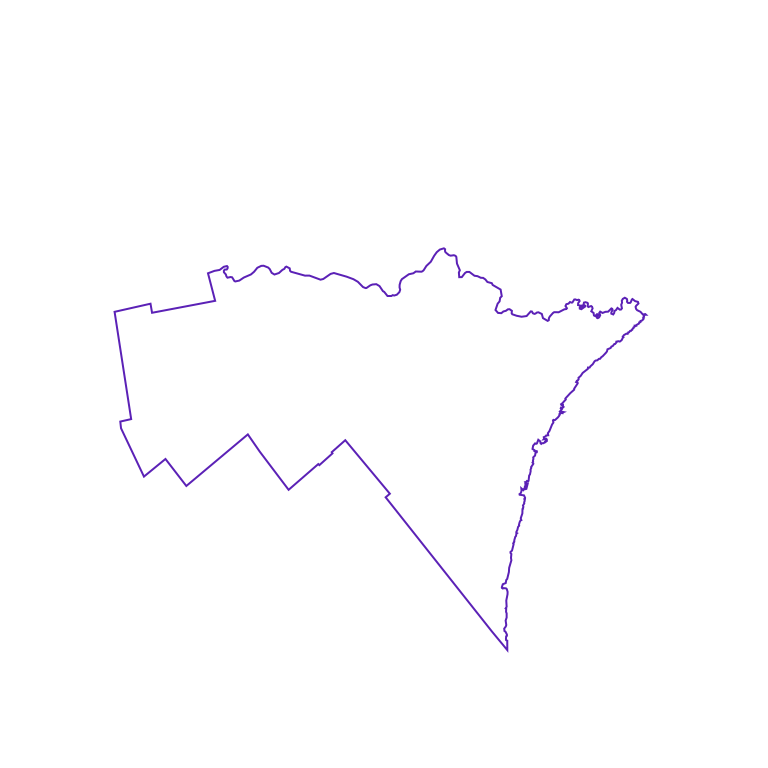 Castelli, Buenos Aires, Argentina, rotated 37°
{"feature_id": "61730980B13025573352502", "entity_name": "Castelli", "entity_type": "district", "adm_level": 2, "iso_a3": "ARG", "parent_name": "Argentina", "parent_adm1": "Buenos Aires", "projection": "equal_earth", "projection_center": [-57.446, -36.02], "detail": "fine", "context": "isolated", "style": "outline", "palette": "violet", "viewbox_px": 768, "rotation_deg": 37, "n_neighbors": 0, "source": "geoboundaries", "source_scale": "gbopen_adm2", "svg_char_len": 6165}
<svg xmlns="http://www.w3.org/2000/svg" viewBox="0 0 768 768"><g transform="rotate(37 384 384)"><path d="M476.7,224.2L476.2,225.6L475.8,230.4L476.1,232.2L477.2,233.9L476.7,235.1L471.3,235.7L467.9,233.1L464.2,233.8L463.1,234.9L462.6,236.6L461.9,237.5L460.3,237.9L458.5,237.1L457.5,237.7L457.0,243.9L453.4,247.5L448.8,249.7L444.5,251.1L443.4,250.7L442.1,248.6L439.3,248.7L438.0,249.8L437.3,252.2L435.7,254.2L435.1,256.8L432.3,258.6L428.5,257.8L426.4,251.4L426.6,248.5L424.9,245.2L425.2,243.0L420.3,238.4L411.2,239.5L409.4,238.6L405.2,240.3L402.0,239.5L399.3,239.6L397.4,240.9L393.8,241.6L391.1,243.1L384.8,243.1L382.6,244.7L381.9,246.6L381.8,251.8L379.8,253.4L376.7,249.9L376.1,247.5L369.8,243.9L365.3,239.0L364.0,238.6L362.3,239.1L360.0,241.4L358.2,242.0L353.9,241.8L352.7,241.1L351.7,239.6L350.2,239.6L347.7,243.0L346.8,247.0L346.9,251.4L347.8,258.2L346.8,264.2L347.2,269.2L346.9,270.8L346.3,271.8L341.7,275.0L340.8,277.9L337.8,281.4L335.2,289.5L335.4,291.8L336.8,295.4L338.3,297.5L340.2,299.0L341.0,301.4L340.5,305.0L338.9,307.2L337.5,307.8L336.9,309.3L333.8,311.6L328.7,310.3L327.3,310.5L321.5,308.5L317.8,308.9L314.9,311.5L313.7,313.4L312.2,317.9L311.5,318.5L308.9,319.2L301.6,318.1L296.5,318.7L289.5,320.8L277.2,325.5L275.1,328.2L272.3,336.7L270.5,338.9L259.2,342.3L255.7,345.0L242.2,350.3L240.8,350.1L239.1,348.4L235.4,349.0L234.9,350.0L235.1,352.1L234.2,353.9L233.3,358.6L230.6,362.5L227.4,362.8L223.6,361.0L221.4,360.7L216.7,362.0L214.9,363.5L212.9,367.4L212.7,372.6L211.8,376.6L208.0,383.3L206.2,388.5L203.5,391.6L202.6,391.8L198.5,390.2L197.1,390.9L195.0,393.3L193.4,392.9L191.8,391.7L188.9,391.1L188.0,390.0L187.9,388.5L189.5,387.2L189.5,385.9L188.8,384.6L187.6,384.3L185.5,386.8L184.1,391.8L180.5,395.7L176.8,401.5L199.1,419.2L155.9,466.7L149.2,460.4L125.4,488.5L203.2,564.2L196.0,572.7L200.6,577.6L248.0,602.4L254.6,575.4L287.5,584.4L305.6,506.2L325.5,512.8L371.5,525.9L379.7,487.5L381.2,487.7L384.6,470.4L383.3,469.9L386.9,452.2L454.7,468.1L453.5,473.5L619.1,516.7L642.6,522.3L636.9,514.8L635.7,515.1L634.8,514.2L633.4,512.0L633.7,511.1L632.9,510.1L630.1,508.7L628.9,508.8L627.2,507.0L627.2,504.4L626.7,502.9L623.5,499.7L622.5,496.7L620.0,493.4L618.6,492.5L616.8,489.9L616.2,490.0L616.0,488.1L612.0,483.4L609.2,477.6L607.8,475.6L605.5,473.9L604.4,473.8L602.1,475.2L602.0,475.8L600.9,475.9L600.4,475.4L599.4,472.4L601.0,469.7L599.6,467.0L599.7,465.5L596.9,459.0L594.6,455.5L591.8,448.1L590.1,446.5L588.0,443.1L586.9,442.9L586.1,442.1L586.5,440.0L583.9,433.9L583.2,433.7L582.7,431.7L583.1,432.2L583.0,431.6L582.1,430.4L580.8,427.0L580.9,426.0L579.8,423.8L580.0,423.1L579.2,423.2L578.7,422.4L578.3,420.2L577.1,417.5L577.2,415.8L576.6,415.4L575.5,412.8L575.1,410.8L575.6,410.1L574.0,408.9L572.4,404.1L569.9,400.6L570.1,400.0L569.7,399.8L569.3,398.3L568.1,397.4L567.9,395.0L567.1,394.1L566.7,392.6L565.4,391.5L565.8,391.1L565.2,390.0L562.8,388.7L559.0,390.8L558.5,390.4L558.9,389.2L558.6,387.8L558.0,386.3L556.5,384.7L559.1,384.9L558.9,383.4L559.3,383.0L558.1,380.9L558.2,380.3L559.7,382.1L559.9,381.6L560.4,381.9L560.4,382.6L560.8,382.1L558.7,377.0L557.6,377.6L558.0,378.4L557.8,379.5L556.9,378.6L557.2,378.0L555.9,377.4L556.5,376.8L556.5,375.4L557.7,375.0L557.7,374.3L555.0,369.7L555.0,368.4L553.5,365.2L552.6,364.3L552.1,362.3L551.5,361.9L551.3,357.9L551.0,357.5L549.9,357.4L549.7,356.1L549.0,355.5L548.4,353.9L547.3,352.8L547.7,350.2L546.3,347.6L547.1,346.6L546.9,346.1L546.4,345.7L544.5,347.0L544.0,346.3L541.7,346.5L540.2,343.4L540.4,340.5L541.4,340.3L541.9,339.5L540.8,335.7L543.3,335.8L544.7,337.1L545.6,337.2L545.8,336.2L546.8,335.5L547.9,333.4L547.4,333.1L547.8,332.4L547.2,331.9L548.2,331.3L547.4,330.3L546.5,330.1L544.8,332.0L544.8,331.3L543.6,330.3L544.6,328.5L544.5,327.5L546.0,326.1L544.5,324.7L544.4,321.9L542.6,315.2L542.5,312.9L540.8,311.3L541.0,310.6L541.8,310.4L542.3,309.7L543.0,306.0L543.0,303.7L542.8,302.7L542.2,302.5L542.3,301.8L543.2,300.3L544.2,299.8L543.9,299.2L544.4,298.3L541.5,299.7L541.0,301.2L541.2,297.2L539.8,297.1L539.6,296.4L540.8,296.1L540.5,295.5L541.1,295.1L541.2,294.3L540.5,294.3L539.5,293.0L538.4,294.0L537.6,293.6L538.0,292.3L538.5,287.0L537.6,286.5L537.7,285.0L538.3,279.0L539.3,274.1L538.7,273.3L538.3,266.9L537.7,266.3L536.3,266.8L536.1,265.4L536.6,264.2L536.5,262.9L535.6,262.0L536.2,259.2L536.0,255.6L537.7,249.2L537.0,248.1L538.3,247.2L538.2,245.5L538.8,242.6L538.5,239.1L538.9,237.9L540.1,236.7L540.5,234.6L541.4,233.8L541.4,231.8L541.9,230.3L542.5,224.9L542.4,223.6L541.6,221.8L543.3,218.9L543.1,217.2L543.8,216.1L543.9,213.4L544.5,212.9L544.6,210.4L544.2,210.2L545.4,208.8L546.8,208.2L547.4,206.0L546.9,203.2L546.4,202.7L546.8,202.4L546.2,202.0L546.2,200.5L547.3,197.9L548.4,197.3L548.0,195.8L548.6,195.2L548.6,193.5L549.3,192.9L549.2,192.1L549.6,191.4L549.3,191.0L549.6,189.0L549.2,188.7L549.6,187.6L549.1,186.7L549.9,186.5L550.5,185.6L550.0,185.1L551.2,182.4L550.8,181.3L551.2,181.1L551.5,180.0L551.0,179.8L550.9,179.3L551.8,178.1L552.1,176.7L552.1,175.8L551.5,175.5L551.7,175.2L551.0,174.6L551.3,173.9L550.5,173.2L550.6,171.8L551.6,171.0L550.6,170.9L548.9,172.7L545.4,172.0L541.7,172.7L540.1,172.3L538.5,171.0L538.3,169.7L538.8,166.6L537.4,165.6L534.6,166.7L531.3,166.6L531.1,167.4L531.9,170.4L531.7,171.2L530.1,172.4L528.6,172.1L527.9,170.8L526.7,169.9L524.4,170.2L523.5,172.3L523.8,174.4L525.2,175.8L525.8,178.0L528.5,180.4L528.5,181.8L527.6,182.7L524.7,182.7L524.8,185.4L524.1,187.1L525.1,188.7L525.2,190.5L523.2,191.0L522.6,190.2L521.8,187.1L521.0,186.6L520.1,186.8L519.5,191.3L517.4,193.1L515.8,195.7L513.1,196.1L513.1,197.5L515.3,199.0L515.7,201.3L515.1,202.8L514.3,203.0L513.4,202.5L513.6,200.5L513.2,199.5L512.1,200.0L511.7,202.7L510.4,202.9L508.6,201.1L505.8,201.2L505.1,198.1L503.7,197.1L502.5,197.1L500.9,199.5L499.8,199.3L498.6,197.2L497.7,196.7L495.7,197.4L494.7,198.6L495.6,200.6L497.5,200.4L498.0,201.1L496.6,205.5L495.0,206.0L494.3,205.2L494.3,204.6L496.0,202.8L496.0,202.2L495.3,201.8L494.0,203.1L491.5,204.2L490.4,202.6L490.3,200.0L489.3,199.4L488.6,199.6L487.7,200.8L485.9,201.3L485.1,202.0L485.4,205.5L484.7,206.2L483.2,206.6L483.0,208.8L481.6,210.5L482.0,212.5L484.5,213.4L484.5,214.4L483.1,215.8L480.3,221.6L476.7,224.2Z" fill="none" stroke="#5b21b6" stroke-width="2"/></g></svg>